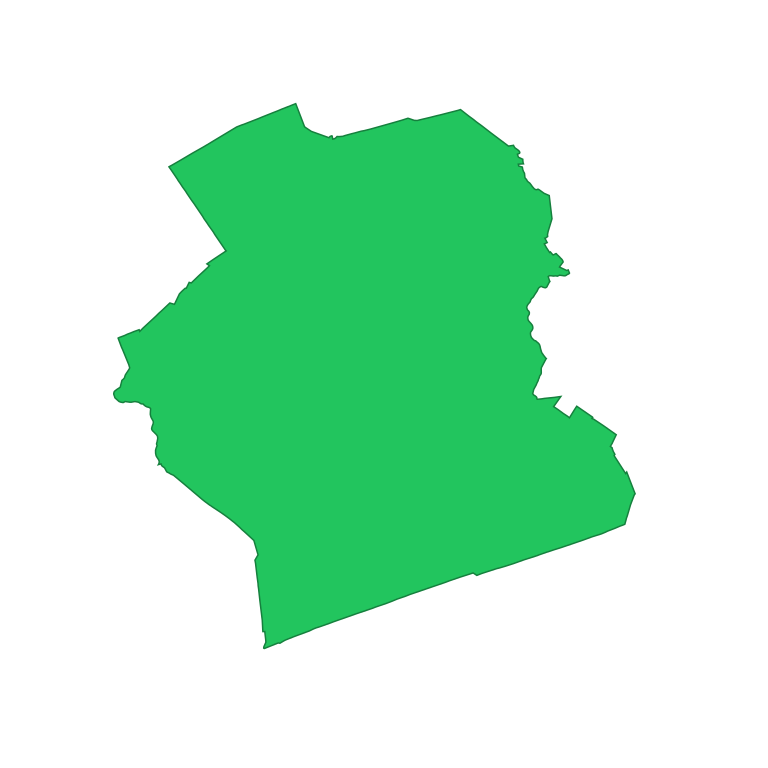 Phung Hiep, Hau Giang, Vietnam, rotated 13°
{"feature_id": "81297802B32262425524101", "entity_name": "Phung Hiep", "entity_type": "district", "adm_level": 2, "iso_a3": "VNM", "parent_name": "Vietnam", "parent_adm1": "Hau Giang", "projection": "orthographic", "projection_center": [105.705, 9.788], "detail": "fine", "context": "isolated", "style": "filled", "palette": "green", "viewbox_px": 768, "rotation_deg": 13, "n_neighbors": 0, "source": "geoboundaries", "source_scale": "gbopen_adm2", "svg_char_len": 6169}
<svg xmlns="http://www.w3.org/2000/svg" viewBox="0 0 768 768"><g transform="rotate(13 384 384)"><path d="M462.0,125.9L458.6,124.5L457.3,123.4L456.5,122.3L451.8,124.2L431.3,115.1L420.9,110.3L415.0,107.8L411.8,106.2L406.4,103.9L396.8,99.4L394.6,100.7L377.8,109.4L375.7,110.4L368.7,114.0L359.8,118.4L357.3,119.7L355.0,120.2L354.2,120.3L350.3,119.9L348.3,119.7L347.5,119.7L341.8,123.1L333.7,127.6L313.4,138.7L307.7,141.6L304.9,142.8L298.8,146.1L296.4,147.3L289.9,150.8L288.2,151.9L284.4,153.1L282.6,153.4L281.8,154.8L281.2,155.5L280.6,156.1L279.0,156.9L277.9,154.5L277.4,153.9L276.0,154.7L275.6,155.2L275.0,156.4L256.4,154.2L250.0,151.8L248.7,151.2L245.3,146.1L234.9,130.7L222.8,139.0L218.8,141.9L215.7,144.0L211.8,146.7L204.6,151.7L201.7,153.8L188.5,162.8L187.7,163.2L182.6,166.7L155.0,193.4L145.6,202.0L135.1,212.0L127.9,218.7L125.6,220.7L125.9,221.1L128.1,223.0L136.6,230.9L137.6,232.0L140.5,234.6L143.3,237.3L147.2,240.7L149.3,242.8L155.2,248.3L158.1,250.8L161.1,253.6L169.4,261.3L171.8,263.8L175.2,266.8L177.5,269.0L183.5,274.3L185.5,276.4L198.5,288.4L199.2,289.1L200.3,289.8L189.9,300.8L184.4,306.8L187.3,308.0L185.9,310.3L179.0,320.4L173.5,328.9L171.3,328.8L169.8,335.2L168.8,335.4L167.7,336.9L165.9,339.6L164.4,342.2L161.9,353.5L157.5,353.3L157.2,353.2L156.8,353.7L151.1,362.3L148.7,365.7L146.5,369.2L136.5,383.9L134.2,387.7L133.2,386.2L128.5,389.2L125.6,391.3L122.7,393.2L120.2,395.2L115.6,398.2L114.6,399.1L120.1,407.4L121.3,408.9L131.0,422.6L132.6,425.5L132.3,426.9L130.0,433.1L129.8,434.6L129.8,435.4L129.6,436.7L129.0,437.8L128.0,439.1L127.8,439.6L127.7,446.3L127.4,446.8L124.8,449.5L123.2,451.5L122.9,452.1L122.8,452.7L122.8,454.1L123.2,455.2L123.9,456.2L124.9,457.9L125.7,458.5L126.5,458.8L127.4,459.4L128.1,459.7L128.7,460.1L129.9,460.7L130.7,460.8L131.6,460.9L133.8,460.8L134.5,460.5L135.5,459.4L136.0,459.3L140.4,458.9L141.8,458.6L144.8,457.3L145.7,457.1L147.8,457.0L148.7,457.0L149.4,457.1L151.1,457.8L151.8,457.9L152.5,457.9L153.6,457.7L154.1,457.8L154.8,458.4L156.5,459.2L158.1,459.6L160.5,459.7L161.2,459.9L161.8,460.3L162.2,460.7L162.7,464.0L163.1,466.1L163.8,467.6L164.7,469.1L167.1,471.7L167.7,472.6L167.9,473.5L168.0,475.2L167.8,475.9L167.6,477.7L167.6,479.7L168.0,480.6L168.8,481.5L173.3,484.3L174.2,485.0L175.0,485.8L175.7,487.6L175.8,488.4L175.9,491.5L175.8,493.4L176.1,494.1L176.8,495.1L176.4,497.8L176.3,499.9L177.0,502.8L178.1,505.2L179.2,506.4L181.4,508.5L182.0,509.3L182.4,510.1L182.6,511.2L182.5,512.6L182.3,513.3L184.7,512.0L185.3,513.0L186.0,513.7L186.7,514.1L188.3,514.7L189.1,515.1L192.0,518.4L192.5,518.6L194.7,519.1L196.4,519.7L199.5,520.3L199.9,520.5L211.0,526.1L232.9,537.4L236.3,539.0L240.9,541.0L246.4,543.1L252.4,545.3L258.4,547.7L263.7,550.0L267.2,551.7L269.2,552.6L273.0,554.7L275.9,556.3L278.1,557.7L281.1,559.3L292.4,565.7L299.7,578.8L297.9,584.7L299.2,587.7L304.0,601.1L306.1,606.6L306.8,609.0L308.0,612.1L311.8,623.0L318.5,641.5L321.5,652.0L321.7,652.5L323.5,652.0L326.3,659.9L327.0,662.2L326.1,666.8L326.1,667.9L326.2,668.4L326.6,668.6L327.0,668.6L338.4,660.6L339.7,660.0L340.9,660.0L344.0,657.0L345.6,655.6L353.4,650.2L363.6,643.5L366.7,641.5L370.4,638.5L372.7,636.9L375.8,635.1L385.7,628.8L388.2,627.1L408.2,614.4L421.5,606.2L423.6,604.9L425.7,603.4L436.0,597.0L440.6,593.9L445.2,590.6L452.9,585.8L456.5,583.3L476.9,570.6L488.5,563.4L491.9,561.1L501.2,555.3L513.3,548.1L513.8,548.2L517.5,549.6L521.9,546.6L535.4,538.5L538.0,537.2L543.3,534.2L550.5,529.9L560.0,523.8L572.3,516.5L573.2,515.8L580.3,511.3L581.6,510.6L587.1,507.2L593.1,503.7L605.7,495.9L613.1,491.3L620.9,486.2L629.6,481.1L633.2,478.5L634.9,477.1L641.4,472.7L645.9,469.4L648.4,467.8L650.2,466.5L650.4,462.0L650.4,460.3L650.7,457.9L651.4,446.1L652.8,435.8L653.4,434.5L640.3,415.2L639.6,416.9L624.8,402.5L624.3,401.8L624.8,400.6L622.7,398.3L621.3,396.2L620.6,394.8L618.6,393.9L619.7,390.4L620.0,388.8L621.7,381.2L607.3,375.3L596.2,371.1L594.4,370.8L594.9,369.6L594.5,369.3L576.8,362.3L575.5,365.8L572.3,375.2L570.0,374.1L565.4,372.4L559.4,369.8L554.4,367.9L559.1,356.4L553.1,358.7L543.4,362.0L541.0,363.0L536.8,364.4L536.3,364.1L535.9,362.8L535.6,362.5L535.2,362.2L533.8,361.5L533.2,361.3L532.6,361.2L531.1,360.0L531.1,357.7L531.1,355.7L532.5,350.7L532.8,348.7L533.4,346.3L533.5,344.5L533.8,343.2L533.9,341.1L534.6,339.5L534.8,338.6L534.7,337.5L533.8,333.9L533.7,332.6L535.7,325.0L536.4,322.6L535.8,322.5L535.1,321.8L533.0,320.1L530.6,317.9L528.7,314.6L527.6,312.2L526.9,311.0L526.2,310.2L525.1,309.4L522.9,308.3L522.5,308.0L522.0,307.8L520.9,307.8L519.5,307.1L517.2,305.5L516.1,303.9L515.6,302.7L515.3,301.7L515.2,300.5L515.3,300.2L516.2,298.1L516.4,297.3L516.5,296.5L516.3,295.4L515.9,294.4L515.3,293.4L513.5,291.9L511.3,290.4L510.3,289.5L509.7,288.6L509.2,287.1L509.1,286.5L509.1,285.7L509.3,284.9L509.8,283.4L509.7,282.2L509.5,281.5L508.7,280.5L507.3,279.7L506.4,278.4L505.9,277.5L505.8,276.7L505.9,275.7L506.3,274.2L506.9,273.0L507.9,271.1L508.1,269.1L508.5,267.7L509.6,266.2L510.0,265.4L510.7,263.2L512.3,259.0L512.9,256.2L513.3,255.4L514.5,254.0L515.2,253.6L515.8,253.6L516.9,253.9L518.1,254.0L519.5,254.0L520.5,253.3L520.9,252.6L521.1,251.6L522.0,248.2L522.2,247.4L522.6,246.9L521.5,245.3L520.3,243.2L519.8,242.3L521.0,241.2L523.5,240.8L524.4,240.8L525.5,240.5L526.9,240.0L528.7,239.9L530.1,238.9L530.5,238.5L533.5,238.2L535.1,238.1L536.2,237.8L537.0,237.2L538.1,236.0L539.2,235.2L539.5,234.9L539.8,234.2L537.8,231.4L536.6,232.3L528.7,230.6L528.8,230.1L531.1,224.8L530.6,223.9L530.0,223.2L529.1,222.4L527.1,221.2L526.8,220.9L525.8,220.3L524.5,219.5L524.0,219.3L522.5,218.2L522.1,218.3L520.0,220.1L519.4,220.1L516.4,217.9L515.8,218.6L511.6,214.6L508.7,211.4L511.2,209.5L508.0,205.8L508.4,205.7L510.3,203.5L509.7,201.6L509.6,198.5L510.5,185.2L502.6,163.2L497.1,162.2L491.9,160.0L490.2,159.5L489.7,160.0L488.8,160.4L487.6,160.4L486.5,160.0L483.9,158.1L483.1,157.3L480.9,155.5L479.1,154.7L478.0,154.0L477.6,153.6L476.8,152.6L476.1,152.2L475.4,151.7L474.9,151.2L473.5,147.1L472.2,145.7L471.6,144.8L471.1,144.1L470.0,141.5L466.2,141.3L465.4,139.6L470.4,138.1L469.7,137.0L468.8,134.4L468.7,133.8L464.0,132.8L463.3,131.8L462.3,130.1L464.1,128.8L464.3,128.1L464.0,127.4L463.4,126.7L462.0,125.9Z" fill="#22c55e" stroke="#15803d" stroke-width="1.5"/></g></svg>